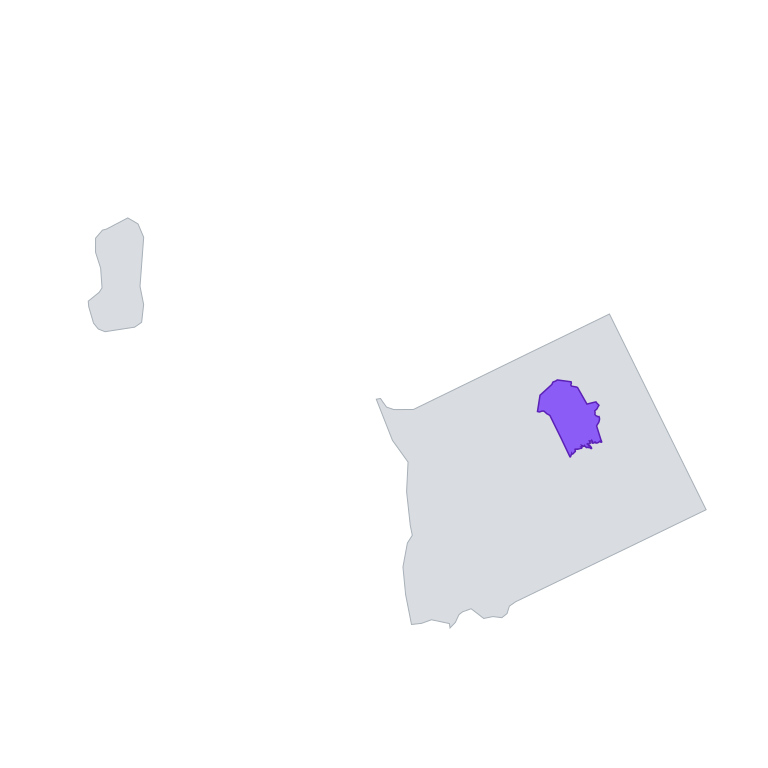 location of Añisoc, Wele-Nzás, Equatorial Guinea, rotated 334°
{"feature_id": "11065452B27397509806446", "entity_name": "Añisoc", "entity_type": "district", "adm_level": 2, "iso_a3": "GNQ", "parent_name": "Equatorial Guinea", "parent_adm1": "Wele-Nzás", "projection": "natural_earth1", "projection_center": [10.841, 1.768], "detail": "fine", "context": "in_parent", "style": "filled", "palette": "violet", "viewbox_px": 768, "rotation_deg": 334, "n_neighbors": 0, "source": "geoboundaries", "source_scale": "gbopen_adm2", "svg_char_len": 4386}
<svg xmlns="http://www.w3.org/2000/svg" viewBox="0 0 768 768"><g transform="rotate(334 384 384)"><path d="M617.3,419.9L617.5,463.2L617.7,499.8L617.9,539.4L618.1,580.7L618.3,615.6L618.4,638.2L585.3,638.1L541.4,638.0L497.4,637.8L453.5,637.6L431.4,637.5L407.1,637.4L399.3,638.6L393.9,644.3L387.5,645.7L380.0,640.8L370.8,638.4L368.4,633.4L363.8,624.2L354.8,623.2L350.2,624.2L343.7,629.5L336.4,632.2L337.8,628.0L323.3,616.7L312.9,615.6L303.3,612.2L311.1,582.8L320.8,556.8L335.3,537.2L343.1,532.4L345.6,522.7L357.1,490.7L371.4,464.7L366.9,438.4L370.4,394.3L374.5,395.5L375.1,399.7L376.2,405.9L381.6,411.3L399.3,419.8L452.2,419.8L483.7,419.8L530.4,419.8L579.8,419.9L617.3,419.9ZM198.4,122.3L202.4,123.1L226.5,122.4L233.1,132.3L232.3,146.8L207.5,189.3L202.8,207.2L193.2,222.3L184.8,223.6L156.2,214.7L151.3,209.3L149.6,202.0L152.5,185.1L154.5,179.9L168.3,176.7L172.7,174.0L180.1,155.7L182.5,139.1L188.7,126.5L198.4,122.3Z" fill="#d9dde1" stroke="#a8b0b8" stroke-width="1"/><path d="M519.2,530.6L519.2,530.9L519.2,531.0L519.3,531.1L519.5,531.2L519.8,531.1L520.2,530.7L520.5,530.4L520.8,530.1L521.1,529.9L521.4,529.6L521.7,529.4L522.0,529.2L522.2,528.9L522.2,529.0L522.3,529.3L522.3,529.5L522.5,529.6L523.0,529.6L523.6,529.5L523.6,529.4L523.8,529.3L524.8,529.0L525.6,528.6L525.9,528.7L526.2,528.6L526.4,528.5L526.4,528.4L526.5,528.0L526.6,527.9L526.8,527.5L526.8,527.3L526.9,527.2L526.9,526.7L527.2,526.3L527.3,526.3L527.6,526.7L527.8,526.8L528.1,527.0L528.3,527.0L528.4,526.9L528.5,527.0L528.8,527.1L529.1,527.3L529.4,527.6L529.5,527.6L529.8,527.7L530.0,527.6L530.2,527.3L530.3,527.3L530.3,527.2L530.4,527.4L530.5,527.5L530.8,527.7L531.3,527.9L531.5,527.9L532.1,527.9L532.5,528.1L533.0,528.3L533.4,528.3L533.5,528.3L533.7,528.2L533.8,528.2L534.1,527.9L534.2,527.7L534.1,527.3L534.1,527.2L533.9,527.0L533.8,526.9L534.2,526.9L534.3,526.9L534.6,526.7L534.8,526.4L534.7,525.9L534.7,525.7L534.8,525.8L535.0,526.1L535.3,526.4L535.3,526.5L535.3,526.8L535.4,527.0L535.7,527.2L535.8,527.2L536.1,527.3L536.2,527.6L536.3,527.6L536.5,527.7L537.0,527.3L537.0,527.2L537.1,526.9L537.0,526.5L537.3,527.0L537.3,527.4L537.3,527.7L537.3,527.9L537.5,528.4L537.7,528.6L537.8,528.8L537.8,529.3L538.0,529.7L538.0,529.8L538.3,530.0L538.5,530.0L539.0,529.9L539.3,530.3L539.8,530.8L540.3,530.8L540.5,530.8L540.6,530.7L540.7,530.8L540.8,530.9L540.8,531.0L541.0,531.2L541.0,531.3L541.4,531.3L541.5,531.4L541.6,531.5L541.5,531.8L541.4,532.1L541.5,532.2L541.5,532.3L541.7,532.7L541.8,532.8L542.0,532.9L542.3,532.9L542.4,532.7L542.5,532.4L542.5,532.2L542.5,531.8L542.4,531.4L542.4,530.9L542.2,530.3L542.0,529.8L541.9,529.6L541.9,529.4L541.0,529.0L540.9,528.9L540.9,528.4L540.8,527.5L540.8,527.4L540.7,527.4L540.4,527.1L540.5,527.0L540.5,526.9L540.8,526.9L540.9,527.0L541.1,527.3L541.5,527.5L541.9,527.6L542.2,527.7L542.8,527.8L543.2,527.7L543.3,527.7L543.5,527.3L543.6,527.1L543.6,526.9L543.5,526.7L543.3,526.5L543.4,526.4L543.5,526.1L543.6,525.7L543.7,525.4L543.7,525.2L544.1,525.4L544.3,525.6L544.7,525.9L544.8,525.9L545.2,526.0L545.2,525.9L545.3,525.9L545.5,525.9L545.6,526.0L545.7,525.9L546.0,525.7L546.0,526.2L546.0,526.7L546.1,526.9L546.2,527.0L546.1,527.3L545.6,527.4L545.3,527.6L545.2,527.7L545.2,527.8L545.1,528.1L545.3,528.4L545.5,528.6L546.0,528.8L546.4,528.9L546.5,528.9L547.0,528.9L547.4,528.7L547.7,528.6L547.8,528.6L548.2,528.7L548.5,528.8L548.6,529.1L548.3,529.2L548.1,529.4L548.7,530.0L549.0,530.2L549.3,530.2L549.6,530.4L550.2,530.5L550.6,530.5L551.3,530.6L550.8,530.4L551.7,530.4L551.8,530.4L552.2,530.4L552.3,530.4L552.5,530.3L553.0,530.1L553.1,530.3L553.2,530.7L553.4,531.4L553.5,531.5L553.9,531.6L554.0,531.6L554.2,531.4L554.3,531.4L554.4,530.7L554.5,530.4L554.5,530.1L554.5,529.8L554.5,529.4L554.5,529.2L556.7,514.9L557.0,514.6L558.1,514.0L558.8,513.4L559.7,513.0L560.6,512.2L561.3,511.5L562.1,510.4L562.6,509.5L562.8,508.7L563.0,507.5L561.7,507.0L561.5,506.4L560.5,505.3L560.2,503.6L561.1,502.5L561.6,500.6L564.6,499.7L566.3,498.3L567.2,497.8L567.9,497.3L566.5,493.3L566.6,493.0L564.2,492.4L557.6,491.0L556.4,472.0L555.8,471.2L551.6,468.1L551.5,466.6L552.7,465.6L553.0,464.4L553.1,464.0L541.5,456.3L539.5,456.6L536.9,456.3L536.4,456.5L534.7,458.0L519.3,462.5L509.9,476.0L510.6,476.6L511.3,477.2L512.5,477.5L513.8,477.5L515.1,478.1L515.8,478.4L516.3,479.5L516.7,480.5L517.2,481.9L518.0,483.0L518.8,484.2L519.3,485.0L519.4,510.1L519.2,530.6Z" fill="#8b5cf6" stroke="#5b21b6" stroke-width="1.5"/></g></svg>